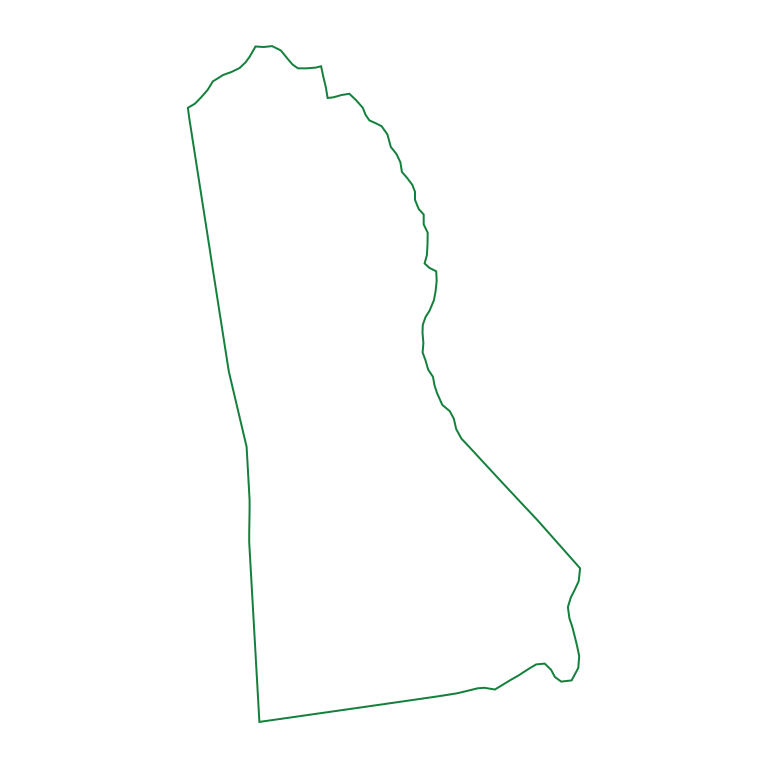 São Luís do Quitunde, Alagoas, Brazil
{"feature_id": "56859067B95131422032753", "entity_name": "São Luís do Quitunde", "entity_type": "district", "adm_level": 2, "iso_a3": "BRA", "parent_name": "Brazil", "parent_adm1": "Alagoas", "projection": "equal_earth", "projection_center": [-35.61, -9.235], "detail": "fine", "context": "isolated", "style": "outline", "palette": "green", "viewbox_px": 768, "rotation_deg": 0, "n_neighbors": 0, "source": "geoboundaries", "source_scale": "gbopen_adm2", "svg_char_len": 1506}
<svg xmlns="http://www.w3.org/2000/svg" viewBox="0 0 768 768"><path d="M578.7,581.2L580.1,568.3L537.2,519.9L522.7,504.5L502.3,482.7L479.1,457.6L471.0,448.8L461.4,438.6L456.2,429.1L453.8,418.6L449.7,411.1L442.3,404.9L437.1,393.2L434.5,385.4L433.0,376.9L428.2,369.7L425.4,360.0L422.6,352.5L423.4,343.1L422.5,332.7L422.8,324.8L425.6,316.9L429.5,310.8L433.9,300.3L435.6,291.1L436.7,280.6L436.2,271.3L429.3,267.8L424.6,263.4L426.9,255.2L427.5,244.4L427.7,232.7L423.7,224.4L423.7,214.5L418.7,209.0L415.0,199.8L415.0,191.8L412.3,184.8L407.4,178.3L401.9,171.9L400.4,162.3L396.5,154.1L390.8,146.9L387.4,134.4L381.6,126.2L376.3,123.5L369.4,120.4L365.6,114.9L362.8,107.8L356.1,100.2L349.4,93.8L341.5,95.0L333.5,97.3L327.6,98.0L325.9,87.5L323.3,76.7L321.1,66.3L315.7,67.6L307.2,68.3L297.9,68.3L292.5,64.5L287.8,59.0L280.9,50.5L272.1,46.1L263.8,47.0L255.5,46.5L249.5,57.0L245.4,62.5L239.6,68.0L231.4,72.0L223.0,75.0L218.2,78.1L212.9,81.3L207.7,89.8L200.8,97.7L194.9,103.7L187.9,107.8L189.1,117.2L209.7,249.0L211.4,260.2L228.8,371.4L240.5,421.0L246.6,446.8L249.6,500.2L249.6,508.4L249.2,533.4L249.2,542.1L259.4,721.9L404.2,701.2L439.9,696.0L457.1,693.3L464.7,691.5L471.6,689.8L477.7,688.3L484.3,687.8L494.9,689.5L504.0,684.0L511.2,679.6L518.3,675.6L524.1,671.8L530.2,667.9L536.2,664.4L544.7,663.6L551.1,669.8L554.8,676.9L561.2,681.6L571.6,680.4L578.3,667.9L579.2,656.1L577.0,645.6L574.9,637.0L572.2,626.5L569.4,618.2L567.9,607.0L570.9,597.2L574.0,591.3L578.7,581.2Z" fill="none" stroke="#15803d" stroke-width="2"/></svg>